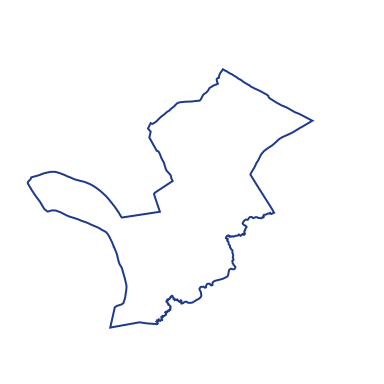 Bilene, Gaza, Mozambique (Mercator projection), rotated 239°
{"feature_id": "85939544B43586850524471", "entity_name": "Bilene", "entity_type": "district", "adm_level": 2, "iso_a3": "MOZ", "parent_name": "Mozambique", "parent_adm1": "Gaza", "projection": "mercator", "projection_center": [33.116, -25.072], "detail": "fine", "context": "isolated", "style": "outline", "palette": "blue", "viewbox_px": 384, "rotation_deg": 239, "n_neighbors": 0, "source": "geoboundaries", "source_scale": "gbopen_adm2", "svg_char_len": 6017}
<svg xmlns="http://www.w3.org/2000/svg" viewBox="0 0 384 384"><g transform="rotate(239 192 192)"><path d="M287.3,61.6L286.1,60.2L285.3,57.0L284.6,56.0L284.0,55.7L276.4,55.6L268.3,56.0L266.9,56.2L266.4,56.2L261.9,56.7L254.5,56.6L253.4,56.7L250.2,57.8L249.5,58.3L249.3,58.9L248.6,61.7L248.0,63.2L246.2,65.8L242.0,69.1L236.8,72.3L234.3,74.1L227.3,80.3L224.9,81.9L219.8,86.2L216.3,88.5L210.4,92.8L208.9,93.8L205.5,95.5L204.4,96.3L202.0,97.6L199.6,98.1L196.2,98.1L189.5,97.5L186.3,97.0L185.7,96.9L185.3,96.6L184.9,96.8L178.9,95.9L177.1,95.5L170.5,93.4L167.8,92.8L162.8,92.7L152.5,89.9L146.3,87.9L144.2,86.9L141.2,84.7L138.6,82.4L137.8,82.0L137.2,81.2L136.2,80.6L132.1,76.0L131.9,73.6L133.0,69.2L133.0,66.5L117.9,52.1L107.4,79.8L102.5,85.8L96.7,94.1L96.8,94.7L97.1,95.0L99.0,95.1L99.3,94.9L99.4,95.4L99.6,95.7L99.5,96.2L99.9,96.4L99.7,96.6L99.2,96.7L98.7,96.3L98.6,96.5L99.0,96.9L98.9,97.2L99.5,97.9L99.2,97.9L98.9,98.1L98.4,98.1L98.3,98.5L98.0,98.6L98.2,99.0L97.9,100.0L97.6,100.5L97.8,100.7L98.6,100.9L98.9,100.7L99.5,100.8L100.8,101.4L100.9,101.6L100.8,101.8L100.1,102.3L99.9,102.6L100.1,102.9L100.7,103.1L100.8,103.2L100.1,104.1L100.2,104.8L100.1,106.1L100.2,106.4L100.5,106.5L100.8,107.0L101.4,107.2L102.6,107.0L102.8,107.3L102.9,107.7L102.6,108.5L102.3,108.8L101.8,108.9L101.8,109.2L102.0,109.7L102.6,109.7L102.7,110.0L102.5,110.4L101.9,110.9L102.0,111.2L102.6,111.4L102.7,111.6L102.7,111.8L102.2,112.2L102.1,112.6L102.3,112.8L102.7,113.0L103.0,113.4L103.8,113.5L104.1,114.2L104.9,114.6L106.3,114.5L107.4,113.7L108.2,114.2L108.5,114.1L108.7,113.8L109.1,113.8L110.4,114.2L110.7,114.1L111.0,113.6L111.4,113.7L112.2,114.7L112.2,115.0L111.8,115.5L112.2,115.7L112.0,116.1L112.4,116.5L111.8,117.6L112.2,118.2L112.8,118.7L112.9,119.5L113.1,119.8L113.0,120.6L113.5,121.1L113.1,121.6L112.8,121.7L112.4,121.7L112.2,121.6L112.1,121.0L111.8,121.0L111.5,121.4L110.7,121.7L110.1,121.5L109.8,121.1L109.4,121.2L108.8,121.5L108.4,121.5L108.5,121.8L108.8,122.1L108.3,122.6L107.5,122.8L107.3,123.2L107.6,123.6L107.5,124.0L107.0,124.0L106.6,124.2L105.8,124.1L105.2,124.5L104.4,124.6L104.1,124.8L103.9,125.9L104.8,126.1L105.0,126.4L104.9,126.7L104.4,126.9L103.6,126.7L102.5,125.6L102.0,125.4L101.6,126.0L101.4,126.4L101.3,127.1L101.6,128.7L101.2,130.3L100.6,130.9L99.3,131.5L98.5,132.3L97.2,134.9L97.0,136.3L97.1,140.6L96.9,142.4L97.1,144.2L97.8,146.1L98.3,146.6L101.5,148.0L104.9,148.3L105.4,148.8L106.1,150.5L106.1,150.8L104.7,153.3L103.6,153.5L103.5,153.9L103.1,154.4L103.1,154.9L104.3,155.7L104.9,156.6L105.3,157.5L105.2,158.5L104.2,159.9L102.5,160.1L102.0,160.4L101.7,161.3L101.8,161.8L102.3,161.8L103.8,163.1L104.1,164.7L104.1,165.7L101.8,173.3L101.4,177.1L101.4,179.1L102.9,180.9L105.2,182.8L106.1,183.9L106.2,184.8L106.1,186.0L104.8,187.1L104.3,188.0L104.2,189.1L104.4,189.6L104.7,190.1L105.6,190.6L107.2,190.3L109.3,190.2L110.1,190.2L110.8,190.5L112.2,191.1L112.4,191.4L112.2,191.9L112.4,192.4L112.9,192.8L113.6,193.1L114.9,193.2L116.0,194.4L117.5,195.1L119.4,195.4L120.0,195.9L121.3,196.6L122.7,196.1L123.9,196.3L124.6,196.0L125.2,196.1L126.4,196.9L128.4,196.6L130.7,197.6L131.8,197.1L132.4,197.2L133.1,198.4L133.5,198.4L134.2,197.6L135.1,197.3L135.3,197.4L135.5,198.0L136.1,198.6L136.3,200.0L136.1,200.6L135.7,200.7L135.4,201.4L135.1,201.6L134.7,201.0L134.3,201.2L134.1,201.9L133.7,202.1L133.7,202.6L133.4,202.8L133.2,204.0L132.4,204.5L132.2,204.8L132.2,206.2L131.1,208.7L131.0,209.2L131.4,210.3L130.7,210.7L129.5,211.0L129.5,212.5L130.0,213.7L129.8,214.0L129.2,214.0L128.8,214.2L128.6,214.4L128.5,215.1L128.7,215.6L129.2,216.0L130.3,215.9L131.4,216.7L131.6,217.0L131.8,217.8L132.0,218.1L132.5,218.3L133.5,219.7L133.7,220.5L133.9,220.8L134.7,220.8L135.5,220.5L136.3,220.0L136.7,219.6L137.3,219.4L138.6,219.2L138.9,219.2L139.4,219.7L140.1,220.9L140.7,223.0L140.7,223.7L139.7,225.1L139.5,225.8L140.3,227.2L140.6,227.9L140.6,228.6L140.4,229.4L140.1,230.0L139.6,230.4L138.2,230.8L138.0,231.1L137.8,232.9L137.5,233.8L136.9,234.8L135.6,235.4L135.1,236.4L134.1,237.3L133.8,237.9L133.8,238.5L134.1,239.3L134.0,239.6L133.5,239.8L133.6,240.6L133.7,240.8L134.8,240.9L135.3,241.6L135.3,242.1L134.6,243.5L134.5,245.8L133.9,246.7L133.8,247.2L134.0,248.1L133.9,248.3L132.8,248.2L132.3,248.6L132.0,251.7L136.3,251.8L162.5,251.2L176.7,251.0L177.4,251.8L178.2,253.0L180.9,258.1L184.0,262.7L184.7,264.5L188.6,270.6L190.0,274.8L190.2,276.5L190.6,280.8L190.6,284.1L190.9,286.3L192.5,294.1L192.5,297.3L191.3,308.2L191.2,310.8L191.3,314.0L191.2,316.9L191.4,317.6L191.2,319.1L191.1,331.9L204.1,323.9L206.5,322.0L207.9,321.0L215.7,316.7L220.1,313.4L225.8,310.1L232.4,306.8L233.3,306.5L234.2,306.6L234.9,306.9L235.5,306.8L236.8,306.3L244.0,302.1L248.3,299.1L252.4,296.6L253.0,296.3L254.1,296.1L254.8,295.5L257.0,294.3L259.9,292.8L262.8,291.7L265.2,290.2L267.9,289.1L270.3,287.8L272.5,286.8L274.1,285.6L276.0,284.6L277.9,283.8L278.6,283.1L280.2,282.3L281.3,281.7L280.3,279.8L279.8,278.3L278.9,276.7L278.4,276.0L276.0,273.6L276.4,272.9L276.4,272.4L275.9,271.2L275.1,270.8L272.7,270.0L271.5,270.0L271.5,268.7L272.0,266.8L272.2,264.7L272.1,260.7L272.0,260.3L270.8,258.3L270.1,256.1L269.9,255.2L269.7,252.5L269.4,251.3L266.8,247.2L266.4,245.8L266.6,245.0L267.4,243.6L269.8,238.2L272.5,233.4L274.6,229.0L275.6,226.4L275.6,224.5L275.1,222.3L274.8,221.7L274.6,220.8L274.1,216.8L273.5,214.5L273.5,211.7L272.8,208.0L272.5,204.5L271.8,201.4L270.9,197.9L270.7,196.5L270.7,193.6L270.9,192.9L272.3,192.1L269.1,187.0L264.9,187.6L260.7,183.5L245.5,183.0L244.5,183.9L243.9,184.1L242.0,184.1L239.2,183.7L236.5,183.2L231.5,183.0L224.6,181.2L223.0,181.3L218.0,182.3L216.8,182.2L214.3,181.3L211.4,181.1L210.5,159.6L209.7,158.3L191.6,154.3L206.2,118.8L207.3,118.5L212.2,118.6L219.0,118.2L227.4,117.1L232.2,116.3L232.9,116.0L233.4,116.0L240.0,114.0L245.2,111.9L248.5,110.3L251.8,108.3L255.9,105.2L261.8,99.3L264.0,97.4L267.9,94.7L269.1,93.6L273.4,90.7L273.6,90.4L273.9,90.3L274.6,89.5L275.8,88.8L277.1,87.7L277.3,87.3L278.3,86.6L280.0,84.8L282.1,81.1L284.0,75.7L284.9,71.6L285.0,70.3L286.1,66.1L287.0,63.1L287.3,61.6Z" fill="none" stroke="#1e3a8a" stroke-width="2"/></g></svg>